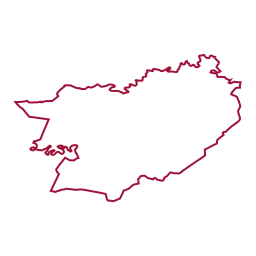 Meņģeles pag., Ogre, Latvia (Robinson projection)
{"feature_id": "27541924B62168176320322", "entity_name": "Meņģeles pag.", "entity_type": "district", "adm_level": 2, "iso_a3": "LVA", "parent_name": "Latvia", "parent_adm1": "Ogre", "projection": "robinson", "projection_center": [25.388, 56.811], "detail": "fine", "context": "isolated", "style": "outline", "palette": "rose", "viewbox_px": 256, "rotation_deg": 0, "n_neighbors": 0, "source": "geoboundaries", "source_scale": "gbopen_adm2", "svg_char_len": 5632}
<svg xmlns="http://www.w3.org/2000/svg" viewBox="0 0 256 256"><path d="M57.3,92.9L57.4,93.3L57.1,94.5L58.3,96.1L57.2,97.1L52.1,101.0L45.7,101.1L41.5,102.3L41.2,101.7L37.7,102.3L31.4,102.5L28.9,102.4L27.2,100.9L24.7,101.4L19.6,102.0L15.4,102.0L17.2,104.2L20.0,107.0L23.0,109.1L24.3,110.8L29.2,116.7L48.7,119.4L41.6,136.2L40.7,138.9L39.8,139.6L38.8,139.9L38.1,140.3L37.2,140.5L35.6,141.1L34.8,141.1L34.0,141.3L33.6,141.8L33.7,142.2L33.8,142.3L33.5,143.0L34.6,143.3L35.6,143.7L36.6,144.6L36.9,145.4L36.7,146.9L36.2,147.4L35.3,148.0L34.6,147.9L33.4,147.3L31.9,147.8L30.4,148.6L30.3,149.1L30.8,149.8L32.3,150.2L33.0,150.3L33.6,150.3L35.1,149.2L35.7,149.1L38.0,149.9L41.3,150.3L42.9,150.2L44.1,149.1L45.6,148.9L46.4,148.6L46.8,148.2L47.6,147.2L49.6,145.8L50.1,145.7L50.5,146.0L50.8,146.6L50.0,147.4L49.0,147.8L48.3,148.4L48.0,148.9L47.8,150.0L47.5,150.6L45.5,152.2L45.3,152.6L45.4,153.1L45.7,153.5L46.8,154.4L47.7,154.8L48.4,154.7L48.6,154.4L48.4,153.2L49.1,152.2L50.1,151.5L51.9,150.9L53.1,150.1L53.9,150.1L54.4,150.4L54.2,150.9L52.9,151.5L51.7,152.8L51.2,153.5L51.1,154.0L52.6,154.9L53.1,154.9L53.8,154.7L55.1,153.7L55.9,152.9L56.9,152.1L57.7,151.8L58.1,151.8L58.7,152.0L61.3,153.8L62.1,153.9L62.7,153.7L63.8,152.6L64.0,151.8L63.7,150.8L63.2,150.0L62.1,149.2L58.4,147.6L58.2,147.2L57.8,146.6L59.0,145.8L61.0,145.6L62.4,145.8L62.6,146.1L62.3,146.7L61.7,147.2L61.6,147.8L61.6,148.0L61.9,148.2L62.6,148.4L63.7,148.3L64.2,148.0L64.0,147.5L64.0,147.2L64.6,146.8L65.5,146.7L66.0,146.9L67.1,147.7L67.3,148.2L67.4,149.3L67.8,149.9L68.9,150.5L70.0,151.4L70.4,151.6L71.2,151.3L71.5,150.9L71.4,150.4L70.9,150.0L70.2,149.0L70.1,148.1L70.4,147.3L70.8,146.8L71.7,146.0L73.7,145.2L75.7,145.1L76.8,145.5L77.3,145.9L77.3,146.6L76.8,147.5L74.9,150.0L76.0,153.1L76.3,153.1L78.5,157.9L75.9,158.8L74.2,160.4L69.8,160.3L65.1,157.7L61.4,162.5L60.5,163.4L59.1,165.3L56.1,169.6L57.2,172.3L59.0,174.0L58.1,175.7L50.8,190.9L55.1,191.8L55.4,192.0L56.0,191.8L57.0,191.2L60.5,190.2L62.0,189.5L64.0,189.6L65.9,188.7L75.8,189.8L81.1,189.4L84.1,189.8L97.8,192.3L105.6,193.9L107.1,199.6L107.9,200.5L108.1,200.5L113.8,201.1L120.0,198.5L123.7,190.9L123.6,190.7L128.5,188.9L133.0,184.9L136.3,184.0L136.7,184.0L136.9,183.8L138.6,183.5L138.5,181.8L138.2,180.0L138.2,179.7L138.0,179.4L138.5,178.9L140.7,176.3L140.8,176.1L144.4,175.6L147.9,178.0L148.4,178.2L153.0,179.3L153.2,179.1L153.3,179.2L154.4,178.0L156.2,178.5L157.2,179.7L162.3,180.8L163.6,179.8L164.2,178.7L164.2,177.8L166.9,176.1L170.4,172.4L174.5,173.3L179.2,173.4L179.6,173.2L182.1,171.5L182.2,171.1L183.3,170.4L195.9,161.7L202.0,157.7L205.1,155.4L204.8,149.6L213.3,145.2L214.4,144.7L216.8,143.5L217.0,142.6L217.0,141.9L217.3,139.9L223.6,134.9L222.7,132.9L224.0,131.9L225.6,131.9L229.5,128.2L230.9,127.0L231.0,126.8L238.2,121.6L239.8,119.5L240.0,118.0L238.0,111.5L238.4,110.4L240.3,106.4L239.0,101.6L236.9,96.9L235.0,95.8L232.9,95.1L231.1,94.2L231.8,93.2L231.9,92.4L235.4,88.5L236.5,87.8L240.0,87.6L239.8,85.9L240.6,82.3L234.1,82.0L234.1,81.9L231.4,83.0L230.8,83.2L230.6,83.0L230.1,83.2L228.7,82.6L230.4,80.1L229.9,80.3L225.9,78.6L224.7,77.0L217.6,76.9L216.3,73.6L215.0,73.3L211.8,72.9L210.5,72.3L211.5,70.7L214.0,70.3L215.6,71.3L216.6,72.4L218.3,72.5L220.4,71.4L216.5,67.0L217.6,64.9L218.5,63.9L218.9,61.9L217.9,61.1L215.9,59.2L213.8,56.8L214.0,56.7L213.2,56.5L212.5,56.2L212.1,55.8L211.3,55.6L210.3,55.8L209.8,56.7L209.4,57.9L208.1,58.2L206.5,57.8L205.2,56.7L204.6,55.8L204.5,55.4L204.2,55.1L203.7,54.9L203.3,54.9L201.4,55.6L200.5,55.6L199.7,55.6L199.3,55.9L199.1,56.2L199.2,57.1L200.4,59.7L200.6,60.7L200.4,61.1L198.1,62.5L197.6,63.3L197.8,64.1L199.5,65.7L199.1,66.2L198.0,67.0L197.4,67.1L196.5,67.2L195.7,66.9L194.9,66.4L194.6,65.8L194.1,65.1L193.8,64.9L192.9,64.9L192.1,65.3L191.9,65.6L191.4,65.8L190.5,65.8L189.9,65.5L189.4,65.2L189.1,63.8L187.7,62.9L187.5,62.4L187.3,61.6L187.1,61.2L186.8,61.1L186.1,61.3L185.5,62.0L185.2,62.8L185.2,63.4L185.1,63.8L184.4,64.3L183.5,64.5L182.4,64.1L182.0,63.4L181.8,63.2L181.3,63.1L180.9,63.2L180.7,63.5L180.5,65.0L180.1,65.9L179.9,66.1L179.5,66.8L179.4,67.5L178.9,68.9L177.9,69.6L177.5,70.1L177.5,71.3L176.6,72.0L175.5,72.1L172.4,71.5L170.5,71.5L169.0,71.7L168.0,71.5L167.2,71.0L167.0,70.4L167.7,69.8L169.2,69.5L169.9,69.2L170.3,68.4L170.2,67.9L169.9,67.5L169.4,67.4L168.9,67.4L168.4,67.7L167.4,68.5L165.6,69.6L162.9,71.0L161.6,71.1L160.8,71.0L159.6,70.1L156.2,69.3L154.5,69.0L153.0,69.3L152.9,69.7L153.0,70.0L152.9,70.9L152.4,71.2L151.7,71.1L150.9,70.7L148.6,70.3L147.5,70.3L147.1,70.4L147.1,71.3L147.4,71.9L147.4,72.3L147.1,72.8L145.8,73.8L145.8,74.3L146.3,75.3L146.4,76.0L146.0,76.3L145.3,76.7L143.9,76.8L143.2,77.1L142.6,77.6L142.6,78.0L142.8,78.5L142.6,79.9L142.3,80.5L141.4,80.7L140.7,80.6L138.8,80.7L136.4,80.1L135.8,80.2L135.7,80.5L136.4,81.4L136.6,82.3L136.5,82.8L136.8,83.8L136.7,84.3L136.4,84.9L135.7,85.5L135.1,85.8L132.9,85.2L130.6,84.1L130.2,84.2L129.7,84.5L129.8,85.2L130.2,86.2L129.7,86.9L129.2,87.3L128.7,87.4L126.2,87.6L125.4,87.7L124.8,87.9L124.7,88.1L124.7,88.5L124.9,89.0L125.3,89.4L128.1,91.2L128.5,91.9L128.3,92.1L127.7,92.2L126.7,92.5L126.2,92.5L123.6,93.4L122.8,93.2L121.8,92.4L120.9,92.1L118.8,91.1L118.1,90.9L114.4,91.0L111.6,90.8L111.0,90.7L110.3,90.4L109.7,89.8L109.7,89.4L110.6,88.3L111.4,87.7L112.7,87.1L113.5,86.9L113.9,87.0L114.4,86.8L114.8,86.3L114.5,85.7L114.2,85.4L112.3,84.7L110.1,84.5L109.1,84.6L106.3,85.8L102.8,86.7L102.1,86.7L101.2,86.7L100.6,86.5L98.3,84.7L97.4,84.4L96.7,84.6L95.5,85.8L91.8,87.5L90.3,87.4L88.4,87.0L87.5,87.2L85.7,88.7L84.6,89.1L82.8,88.9L81.8,89.2L79.6,88.1L79.0,88.4L76.3,87.9L74.0,87.0L71.1,85.6L69.5,85.3L65.0,85.3L64.2,86.1L64.4,86.5L60.6,89.5L57.3,92.9Z" fill="none" stroke="#9f1239" stroke-width="2"/></svg>